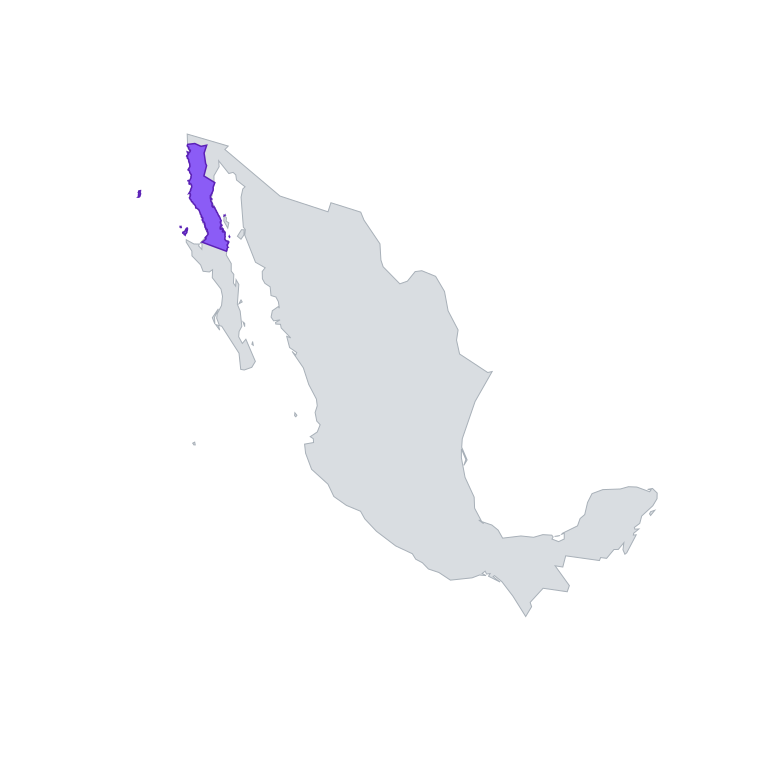 Ensenada, Baja California, Mexico shown in context, rotated 21°
{"feature_id": "50627088B13797450449328", "entity_name": "Ensenada", "entity_type": "district", "adm_level": 2, "iso_a3": "MEX", "parent_name": "Mexico", "parent_adm1": "Baja California", "projection": "orthographic", "projection_center": [-114.931, 30.193], "detail": "fine", "context": "in_parent", "style": "filled", "palette": "violet", "viewbox_px": 768, "rotation_deg": 21, "n_neighbors": 0, "source": "geoboundaries", "source_scale": "gbopen_adm2", "svg_char_len": 9510}
<svg xmlns="http://www.w3.org/2000/svg" viewBox="0 0 768 768"><g transform="rotate(21 384 384)"><path d="M110.7,221.2L153.3,217.7L151.4,222.1L219.5,245.8L270.0,243.3L269.5,233.8L300.7,231.9L306.6,238.2L330.0,254.6L336.7,269.4L341.2,274.9L362.9,284.8L369.0,279.6L372.8,267.9L378.7,264.7L393.6,265.0L407.3,275.9L417.6,292.7L433.8,307.0L436.0,317.1L443.8,328.9L476.7,336.1L480.5,333.6L475.3,367.7L476.7,407.1L479.2,415.2L488.8,425.1L487.7,431.4L487.5,425.2L479.5,416.8L482.7,425.2L493.1,442.1L508.7,457.3L513.1,467.5L523.9,476.9L521.2,477.1L527.0,478.7L525.0,477.4L535.3,477.0L542.9,479.5L550.0,485.4L566.3,476.8L578.6,473.5L586.3,467.7L594.8,465.0L596.7,466.2L596.4,468.6L603.5,468.6L607.8,464.1L605.8,458.8L603.7,460.6L604.1,459.4L615.5,447.1L615.3,439.3L618.2,434.0L616.5,421.6L617.5,411.8L626.1,404.2L642.3,397.3L649.0,392.3L656.9,389.6L670.6,389.4L671.3,387.1L667.9,387.9L672.1,385.3L678.1,387.9L680.0,393.2L678.6,401.3L671.9,414.9L672.7,422.5L669.1,428.2L670.2,429.6L673.9,428.0L670.6,433.8L670.9,435.7L673.5,434.4L671.1,454.6L669.9,456.6L666.5,453.1L664.8,446.2L662.0,454.5L658.0,456.1L654.3,467.0L648.4,468.4L648.4,471.6L615.2,479.3L616.5,490.8L608.9,492.4L629.3,505.8L629.5,512.3L605.7,517.7L598.7,535.5L601.6,539.0L599.6,550.3L580.3,535.8L564.9,526.3L555.8,523.3L554.9,524.7L563.4,527.3L550.5,526.0L551.0,522.9L547.9,524.7L545.5,522.5L543.5,525.7L547.9,526.3L541.6,528.1L535.7,533.4L516.3,543.3L502.8,540.3L491.8,540.8L483.9,537.1L476.4,536.2L471.3,532.3L453.0,531.0L429.7,524.2L414.4,516.8L407.7,511.2L392.4,510.8L377.5,507.0L367.6,497.6L347.0,489.6L335.6,476.7L331.4,468.6L339.2,463.9L337.6,460.4L334.0,459.6L338.9,452.7L339.0,444.9L334.5,442.7L329.9,435.3L329.5,428.3L326.3,422.3L313.9,411.4L302.9,397.8L286.5,386.5L291.1,388.6L291.3,385.9L282.8,383.8L276.1,374.4L280.4,374.4L267.9,368.5L266.0,365.4L261.5,366.8L260.7,365.4L264.0,361.4L258.3,364.6L254.6,362.0L253.5,355.6L257.5,349.7L259.1,350.7L255.9,345.0L251.9,341.5L246.8,341.9L242.9,334.1L236.7,332.7L232.8,329.4L230.0,322.6L231.4,318.1L220.4,316.4L200.6,294.8L199.3,289.6L196.5,288.0L183.6,260.8L182.3,252.5L183.6,249.7L173.2,246.4L170.7,241.9L167.3,240.5L163.7,243.1L149.6,234.8L152.2,240.2L150.6,250.5L153.8,258.7L156.6,274.3L171.2,288.0L176.0,297.2L178.2,296.8L179.3,299.5L181.5,299.8L183.6,305.8L187.8,307.6L190.5,320.1L198.2,326.3L200.9,333.3L204.5,335.5L207.3,343.8L210.4,345.8L208.5,339.6L212.8,343.1L218.5,362.1L223.6,367.5L230.6,381.1L229.9,386.9L231.4,392.0L237.2,396.9L239.0,391.7L255.8,409.0L254.6,415.8L248.5,421.0L245.0,421.7L237.6,407.2L211.8,388.2L209.5,388.5L204.2,382.5L203.1,378.2L204.2,368.9L201.8,360.0L197.8,353.8L185.6,346.3L183.0,338.7L180.8,342.0L174.7,343.6L170.1,338.5L158.8,333.2L157.0,328.8L148.5,322.4L147.7,320.2L156.4,321.4L161.4,319.5L161.4,321.5L165.7,323.6L164.0,318.5L162.0,318.2L166.0,307.8L149.6,288.4L136.1,279.9L133.7,275.6L133.6,268.4L130.4,266.0L129.3,257.8L125.1,254.2L124.5,249.4L118.7,241.7L117.7,238.1L119.5,235.7L115.5,232.5L110.7,221.2ZM199.8,295.1L198.6,300.1L194.2,298.6L195.7,291.0L198.2,290.2L199.8,295.1ZM182.3,294.5L176.0,289.2L174.3,283.6L177.4,285.4L178.2,288.5L181.4,289.2L182.3,294.5ZM680.0,411.2L678.4,410.0L678.7,407.6L682.1,404.8L680.0,411.2ZM204.6,388.6L200.0,383.6L202.4,373.2L201.9,382.5L204.6,388.6ZM145.2,315.4L141.9,314.6L144.1,309.1L145.7,313.2L145.2,315.4ZM88.8,296.2L86.0,292.5L86.6,290.9L87.6,291.1L88.8,296.2ZM208.5,388.7L211.3,392.6L205.5,388.8L208.5,388.7ZM313.9,444.4L313.4,446.2L311.9,445.6L311.1,442.8L313.9,444.4ZM232.2,377.3L233.4,380.4L230.2,376.6L232.2,377.3ZM220.4,356.8L222.2,358.2L219.8,361.1L220.4,356.8ZM229.6,508.5L228.4,509.0L226.6,507.8L228.1,506.1L229.6,508.5ZM600.6,463.8L597.8,465.2L602.6,462.4L600.6,463.8ZM248.1,394.7L246.5,394.4L246.1,391.4L248.1,394.7Z" fill="#d9dde1" stroke="#a8b0b8" stroke-width="1"/><path d="M114.9,230.6L114.8,231.7L115.4,232.7L115.8,232.9L116.4,232.8L116.8,233.0L117.1,233.4L117.1,234.3L117.3,234.5L117.7,234.5L118.1,234.8L118.0,234.7L118.7,235.4L119.2,235.5L119.4,235.8L119.3,235.6L119.4,235.4L119.5,235.5L119.4,235.6L119.5,235.5L119.6,235.8L119.7,236.3L119.5,237.1L119.4,237.3L119.0,238.2L118.6,238.4L117.6,237.8L117.3,237.8L117.6,238.1L117.6,238.3L117.8,238.3L117.8,238.5L118.1,238.5L118.3,238.7L118.2,238.7L118.4,238.8L118.9,239.6L118.6,240.5L118.9,241.3L118.1,241.5L118.1,241.9L118.5,241.9L118.9,242.7L119.1,242.7L119.6,243.1L119.7,243.8L120.3,243.8L121.1,244.4L121.3,244.8L121.5,244.9L121.7,245.8L122.3,246.3L122.3,246.6L122.6,246.8L123.0,247.2L123.0,247.4L123.4,247.6L123.9,248.4L124.1,249.1L124.3,249.2L124.9,250.5L124.8,251.5L124.3,253.9L124.3,254.3L124.6,254.5L125.3,254.3L125.5,254.3L126.0,255.0L126.5,255.4L126.8,256.1L127.3,256.6L127.7,256.6L128.5,257.4L129.0,257.5L129.3,258.0L129.5,259.6L129.8,260.0L129.9,261.1L129.5,264.8L129.7,265.1L129.7,265.5L130.0,265.6L130.1,265.8L130.2,266.5L130.2,267.0L130.3,267.1L130.6,267.1L130.4,266.7L130.7,266.4L131.3,266.2L131.8,266.3L133.0,267.2L133.7,268.4L134.0,269.7L133.8,271.9L134.1,272.3L134.2,272.8L133.6,275.8L133.8,275.6L134.1,275.6L134.9,275.8L135.6,276.8L135.9,278.4L135.6,279.9L137.1,281.2L137.4,281.1L137.7,281.2L138.1,281.8L139.2,282.8L139.4,282.8L139.7,282.6L140.1,282.7L141.5,284.1L142.2,284.1L143.8,285.0L144.6,285.9L145.0,286.8L145.1,286.7L145.6,287.0L147.1,287.1L148.2,287.7L149.0,287.9L150.1,289.2L150.9,290.0L151.4,290.8L151.5,290.7L151.7,290.9L151.8,291.3L153.1,292.0L153.3,292.5L153.3,292.9L153.5,293.0L153.6,293.5L153.9,293.7L154.0,293.5L154.4,293.4L154.8,293.8L155.1,293.8L155.3,293.9L155.4,294.5L155.6,294.6L155.7,295.4L155.8,295.7L155.7,295.8L155.8,295.8L155.8,296.1L155.9,296.4L156.1,296.5L156.1,296.4L156.3,296.3L156.5,296.4L156.7,296.7L156.8,297.2L157.0,297.5L157.1,297.2L157.8,297.2L158.3,297.7L158.6,297.8L158.8,298.4L159.0,298.2L159.2,298.4L159.4,298.8L159.5,299.6L159.7,299.9L159.9,299.7L160.0,299.8L160.2,300.0L160.2,300.4L160.4,300.6L160.4,300.8L160.5,300.9L160.5,301.5L161.0,301.5L161.3,302.0L161.6,302.0L161.9,302.3L161.9,302.9L162.1,302.9L162.3,303.1L162.3,302.9L162.6,302.8L163.6,303.1L164.0,303.9L163.9,304.8L164.1,305.0L164.4,305.0L164.8,305.1L165.1,305.3L165.3,305.8L165.6,306.0L165.6,306.5L166.1,307.0L166.0,307.6L165.4,309.5L164.6,311.4L165.0,311.8L165.5,311.6L165.8,312.4L164.5,315.0L163.2,316.8L189.9,316.5L189.4,316.3L189.1,315.9L189.2,315.4L189.4,315.0L189.1,314.7L189.0,313.6L189.2,312.5L189.4,312.3L189.1,312.2L187.8,310.6L187.9,310.2L187.7,310.0L187.8,309.8L188.2,308.5L188.0,308.0L188.3,307.6L188.2,307.2L187.9,307.4L187.6,307.4L187.7,307.0L187.5,306.8L187.2,306.5L185.9,306.9L185.1,306.9L183.4,305.9L183.3,305.5L183.2,304.8L182.9,304.0L182.9,303.2L182.4,302.7L182.1,301.6L181.9,301.6L181.7,300.9L181.6,299.9L181.3,299.7L181.2,299.3L180.9,299.0L180.5,298.9L179.5,299.7L178.9,299.8L178.7,299.7L178.8,299.5L178.5,299.3L178.4,299.0L178.4,298.5L178.7,298.3L178.2,297.8L178.3,297.7L178.5,297.7L178.0,297.4L178.2,297.0L177.9,296.9L177.7,297.2L177.3,297.0L177.4,296.7L177.1,296.5L177.0,296.8L176.4,296.8L176.5,296.8L176.3,297.2L176.5,297.4L176.4,297.9L176.1,298.0L175.5,297.9L175.0,296.8L175.2,296.4L175.2,296.6L175.1,296.0L174.8,295.5L175.1,294.8L175.4,295.0L175.3,294.4L174.8,293.9L174.7,293.2L174.1,292.7L174.0,292.2L173.7,292.3L173.6,292.0L173.3,291.8L173.4,291.5L173.1,291.3L173.1,291.0L173.6,290.4L173.4,289.7L172.3,288.9L171.8,288.1L171.1,287.5L170.9,287.1L169.9,286.7L169.7,286.1L169.2,286.0L168.6,285.5L166.8,283.6L166.4,283.6L166.1,283.3L165.9,283.2L165.5,282.5L164.7,282.0L164.0,281.2L163.8,281.2L163.4,280.9L162.9,280.1L162.2,279.7L162.0,279.8L161.9,279.7L161.9,279.8L161.6,279.6L161.3,279.7L161.4,279.9L161.5,279.8L161.3,280.2L160.6,280.2L160.4,280.1L160.2,279.6L159.6,279.5L159.5,279.2L159.5,278.8L159.7,278.7L159.9,278.8L159.7,278.5L159.3,278.3L159.1,278.0L159.1,277.1L158.7,276.7L158.1,276.6L157.8,275.9L156.9,275.5L156.6,274.7L156.4,274.6L156.3,274.2L156.1,274.1L156.0,273.7L156.0,273.2L155.6,272.5L155.1,272.1L155.1,271.8L154.4,270.6L154.8,270.1L154.7,269.7L155.0,269.3L154.7,268.8L154.9,268.2L154.9,267.5L155.0,267.5L155.1,267.4L154.9,266.9L155.1,266.0L155.0,265.3L155.1,264.5L154.8,263.7L154.7,263.1L154.3,262.4L153.9,261.5L154.0,260.7L153.8,259.7L154.0,259.1L153.9,258.6L154.0,257.6L153.8,257.5L153.7,257.0L153.8,256.6L141.3,254.3L140.1,243.7L138.4,242.0L133.3,232.9L132.9,224.6L128.0,227.7L121.2,227.3L114.9,230.6ZM144.5,308.9L144.1,309.1L143.9,309.4L144.0,309.6L143.8,309.7L143.8,310.2L143.5,310.6L143.7,310.8L143.6,311.1L144.0,312.0L143.8,312.1L142.5,314.0L141.9,314.3L141.9,315.0L142.0,315.2L142.6,314.8L143.1,314.9L143.5,315.3L143.7,316.0L144.2,316.2L144.5,316.0L145.0,316.2L144.9,315.7L145.0,315.4L145.0,314.6L145.5,313.8L145.5,312.8L145.1,312.3L145.3,311.4L145.2,310.4L144.8,309.8L144.8,309.2L144.5,308.9ZM87.2,291.8L87.5,291.0L87.4,290.8L86.9,291.3L86.2,291.4L85.9,291.8L86.1,292.5L86.0,293.4L86.8,294.0L87.1,295.2L87.0,295.4L87.4,295.7L87.3,296.4L87.6,297.1L87.4,297.6L87.8,297.4L88.0,297.5L88.3,297.3L88.5,296.8L88.7,296.6L88.8,295.8L88.6,295.1L88.7,294.6L88.5,293.5L88.0,292.8L87.4,292.6L87.2,291.8ZM175.5,293.7L175.6,294.0L175.8,294.4L175.7,294.6L175.9,294.6L175.9,294.8L176.2,294.9L175.9,294.6L175.9,294.0L175.9,293.8L175.5,293.7ZM137.7,310.3L137.3,310.1L137.3,310.5L137.5,310.6L137.8,310.5L137.9,310.3L137.7,310.3ZM186.6,301.6L186.6,301.9L187.2,302.2L187.2,301.9L186.8,301.8L186.6,301.6ZM128.3,264.2L128.1,264.4L128.1,264.5L128.5,264.5L128.3,264.2ZM174.8,283.9L174.4,283.9L174.5,284.2L174.7,283.9L174.7,284.0L174.8,283.9ZM138.5,310.6L138.6,310.4L138.4,310.2L138.4,310.5L138.5,310.6ZM156.8,272.8L156.5,272.9L156.9,273.0L156.8,272.8Z" fill="#8b5cf6" stroke="#5b21b6" stroke-width="1.5"/></g></svg>